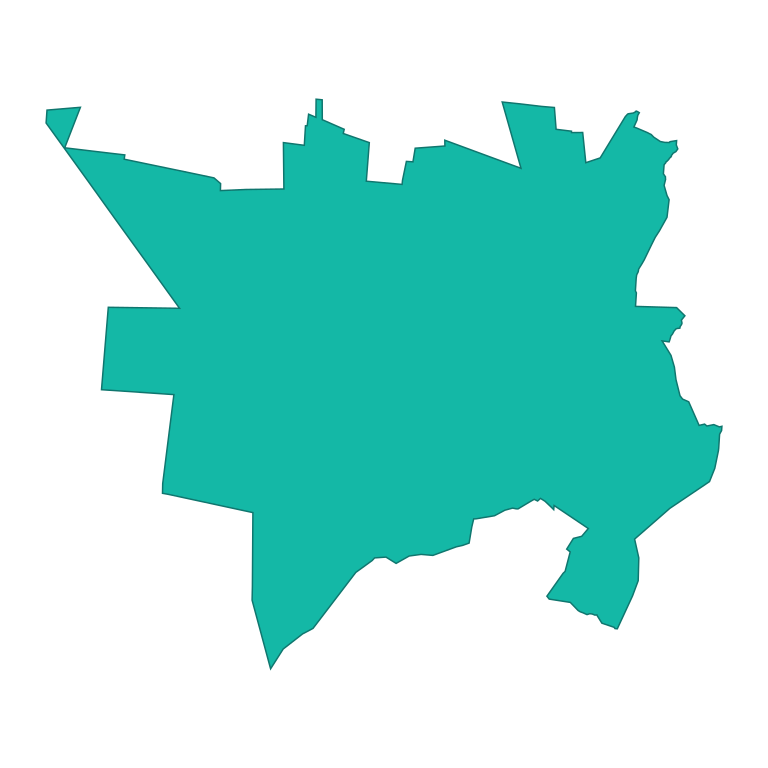 Santa Elena, Yucatán, Mexico
{"feature_id": "50627088B55923082942331", "entity_name": "Santa Elena", "entity_type": "district", "adm_level": 2, "iso_a3": "MEX", "parent_name": "Mexico", "parent_adm1": "Yucatán", "projection": "robinson", "projection_center": [-89.676, 20.255], "detail": "fine", "context": "isolated", "style": "filled", "palette": "teal", "viewbox_px": 768, "rotation_deg": 0, "n_neighbors": 0, "source": "geoboundaries", "source_scale": "gbopen_adm2", "svg_char_len": 2896}
<svg xmlns="http://www.w3.org/2000/svg" viewBox="0 0 768 768"><path d="M168.1,494.3L252.9,512.6L252.4,586.2L252.4,586.3L252.1,600.2L270.6,668.8L283.2,649.0L303.1,633.5L303.4,633.5L313.0,628.4L355.8,572.4L364.8,565.9L372.2,560.5L374.6,557.9L386.0,557.1L396.1,563.4L409.2,556.0L421.1,554.4L432.9,555.4L456.4,546.8L462.6,545.4L469.1,543.1L471.8,526.9L473.7,518.9L476.1,518.8L493.6,515.9L494.6,515.7L504.9,510.2L512.6,508.1L516.0,508.8L518.0,508.9L530.0,501.7L534.2,499.3L537.6,501.0L540.5,498.4L545.1,501.3L545.3,501.5L545.7,501.9L551.4,507.3L553.7,509.6L554.1,505.5L588.3,528.5L581.7,536.3L573.4,538.4L566.7,549.1L570.2,551.9L565.1,571.4L563.1,573.3L546.9,596.2L549.2,599.1L570.3,602.4L578.1,610.5L580.2,611.8L583.0,612.8L587.0,614.6L589.8,613.7L592.2,614.0L594.9,615.1L596.9,614.9L597.2,615.7L601.9,623.2L614.1,627.3L615.0,628.6L617.3,628.8L632.5,596.0L638.2,580.7L638.8,557.9L634.6,539.1L669.9,508.3L709.5,481.6L714.8,468.3L718.4,450.8L718.7,448.3L719.6,434.2L721.6,430.5L721.9,426.3L719.4,426.9L713.8,424.6L706.9,426.0L704.6,424.1L699.1,425.4L688.7,401.8L682.6,399.1L680.0,395.7L676.0,379.7L674.4,367.1L671.0,355.4L662.1,340.9L669.1,341.9L669.5,340.9L670.4,338.0L670.9,336.0L672.5,334.0L674.1,331.0L676.1,328.8L677.5,328.4L678.9,328.3L679.9,328.1L680.1,326.7L681.6,324.4L682.0,323.1L681.4,320.1L684.9,315.8L676.6,307.6L635.5,306.4L636.4,292.9L635.4,290.8L636.2,278.2L636.7,274.8L638.2,271.8L638.7,269.0L642.0,263.7L644.2,259.9L651.6,244.6L655.2,237.4L659.4,230.9L667.0,217.3L669.1,199.7L667.0,195.5L664.1,185.4L665.6,179.3L665.4,177.8L665.5,176.9L663.4,173.8L663.8,168.4L664.1,164.7L665.8,162.7L666.0,161.9L666.8,161.4L668.8,159.4L669.4,158.3L670.8,157.1L670.7,156.9L671.4,156.2L671.5,155.3L672.4,154.3L673.0,153.3L675.9,151.6L677.8,148.9L676.3,145.0L676.6,140.6L670.4,141.6L669.7,141.9L669.4,142.5L664.8,142.4L660.3,141.5L653.8,137.2L651.2,134.5L648.7,133.3L647.9,132.8L637.1,128.2L633.9,127.0L637.0,120.1L637.2,119.2L637.3,117.8L637.8,115.3L639.3,112.7L637.7,111.7L636.4,111.1L635.6,111.4L635.5,111.9L634.6,112.3L633.4,113.0L628.1,113.8L627.3,114.4L626.1,115.8L625.5,116.3L600.2,157.9L585.8,162.7L582.7,132.5L571.5,132.6L571.5,131.2L556.1,129.3L554.4,107.5L541.5,106.4L520.3,103.9L502.2,102.0L521.0,168.3L507.4,163.3L444.8,140.2L444.9,146.0L415.2,148.2L413.0,161.5L412.9,161.6L412.9,161.8L406.4,161.4L402.5,180.3L402.1,184.4L366.3,181.2L369.3,142.6L364.7,141.0L343.3,133.5L343.4,132.8L344.2,129.3L322.3,119.7L322.2,99.8L319.3,99.5L316.1,99.2L315.9,117.3L308.6,114.2L307.9,120.0L307.2,125.7L305.5,125.8L304.3,145.3L283.4,142.6L283.9,189.0L245.8,189.5L239.2,189.8L220.4,190.6L220.6,183.6L214.0,177.9L193.1,173.5L124.2,159.2L124.8,154.9L111.8,153.4L64.7,147.8L80.4,107.3L47.0,110.1L46.1,123.0L88.3,181.5L115.4,219.3L146.1,261.8L178.4,306.7L179.6,308.3L108.3,307.3L103.6,364.1L101.5,389.7L173.9,394.6L162.7,483.6L162.5,493.3L168.1,494.3Z" fill="#14b8a6" stroke="#0f766e" stroke-width="1.5"/></svg>